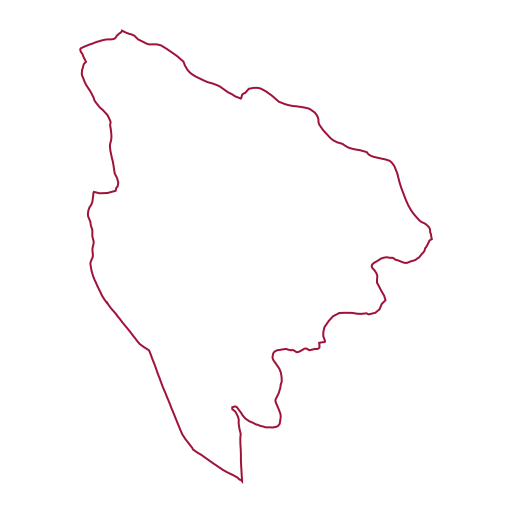 Pakpak Bharat, Sumatera Utara, Indonesia
{"feature_id": "22746128B12751431115951", "entity_name": "Pakpak Bharat", "entity_type": "district", "adm_level": 2, "iso_a3": "IDN", "parent_name": "Indonesia", "parent_adm1": "Sumatera Utara", "projection": "mercator", "projection_center": [98.235, 2.53], "detail": "fine", "context": "isolated", "style": "outline", "palette": "rose", "viewbox_px": 512, "rotation_deg": 0, "n_neighbors": 0, "source": "geoboundaries", "source_scale": "gbopen_adm2", "svg_char_len": 5867}
<svg xmlns="http://www.w3.org/2000/svg" viewBox="0 0 512 512"><path d="M192.4,448.1L192.9,449.4L196.7,452.1L201.2,454.8L212.1,462.6L222.8,469.8L226.8,472.1L233.2,475.2L237.1,477.3L239.7,479.7L239.8,479.7L240.0,479.7L241.0,480.0L242.1,481.3L242.1,480.8L241.9,478.3L241.2,466.4L240.9,460.1L240.9,454.0L240.7,448.6L240.4,444.2L240.3,438.2L240.7,433.9L239.5,429.0L239.3,427.9L238.9,425.4L238.6,422.6L238.8,419.9L238.1,417.1L236.6,413.9L235.3,411.6L233.7,410.3L232.2,409.0L232.3,407.2L235.2,406.4L235.3,406.4L237.1,407.4L238.4,409.3L240.8,412.4L242.5,415.2L245.4,418.6L247.8,420.2L249.3,421.3L251.1,422.0L252.8,422.7L255.8,424.3L257.7,424.8L259.1,425.4L260.4,425.9L263.7,426.7L266.0,427.4L269.2,427.3L272.8,427.5L274.2,427.2L276.6,426.7L277.9,426.1L279.7,423.8L280.7,417.3L280.6,415.1L280.4,413.8L279.1,410.3L277.0,405.2L276.1,403.3L275.7,401.9L275.4,401.0L275.5,399.9L275.9,398.7L277.6,395.5L278.7,393.2L279.6,390.2L280.3,388.0L280.7,384.8L281.3,382.7L281.7,381.9L281.7,378.3L281.3,375.1L280.7,372.0L280.0,370.5L279.5,369.0L278.2,367.0L275.6,363.2L273.7,360.7L272.7,358.5L272.5,357.3L273.0,354.1L273.8,352.4L275.0,351.4L277.0,350.3L280.3,349.8L284.6,349.1L286.3,349.0L288.0,349.6L289.7,350.0L291.5,350.3L292.5,349.9L294.2,350.6L296.0,351.8L296.7,352.2L298.2,352.0L300.3,351.1L304.2,348.8L305.4,348.5L306.9,348.7L308.5,349.8L309.5,350.2L313.5,349.3L314.7,348.9L317.5,349.0L319.3,347.8L319.5,347.2L319.4,344.4L319.2,342.8L321.9,342.3L323.5,342.2L324.8,341.9L325.0,341.0L323.3,336.2L323.3,333.3L323.4,331.6L323.9,329.7L324.3,327.8L324.5,327.1L328.8,320.9L333.0,316.3L339.3,313.0L344.7,312.8L352.2,312.9L357.0,313.7L361.0,313.9L366.5,313.3L368.6,314.4L375.3,312.8L379.6,309.2L381.7,304.0L385.5,300.2L384.1,295.6L381.5,291.2L379.6,287.6L378.1,284.6L377.0,282.8L377.0,280.0L377.2,277.8L377.3,275.6L376.3,273.0L374.3,270.1L373.8,269.5L372.4,268.1L371.8,266.6L371.9,265.0L372.2,264.7L372.6,264.1L373.6,263.1L376.1,261.7L376.5,261.5L379.8,259.4L380.7,258.7L383.8,257.7L385.8,257.3L387.5,257.3L389.5,257.8L392.4,257.8L393.9,258.4L394.6,259.2L395.8,259.8L398.1,260.4L402.8,262.3L404.9,262.9L406.9,262.9L410.9,261.3L413.6,260.6L415.5,259.9L417.6,258.3L418.2,258.0L419.1,257.4L420.6,255.5L421.9,253.8L423.2,252.6L424.4,251.0L425.1,248.4L426.2,247.0L426.8,245.9L427.4,244.9L428.3,243.0L429.2,241.2L429.3,240.8L430.6,239.7L431.8,239.2L431.2,236.1L430.8,233.7L430.2,232.5L430.0,229.4L429.2,227.5L427.5,225.7L425.7,224.1L424.0,223.1L421.3,221.9L419.5,220.5L416.3,217.0L413.8,214.1L411.2,210.5L408.2,205.2L405.6,199.3L403.1,192.7L401.2,187.7L399.3,181.6L397.3,173.5L394.3,166.0L392.0,162.9L389.7,160.8L385.7,159.5L381.9,158.7L379.1,158.1L376.6,157.5L373.5,156.8L370.7,155.7L369.1,154.8L367.8,153.5L366.7,152.1L363.6,151.2L360.0,150.2L356.8,149.7L353.2,149.0L349.2,147.9L347.3,147.0L345.4,145.9L342.5,143.9L339.6,143.0L337.5,142.5L333.6,140.5L331.2,138.8L328.6,136.1L323.3,130.4L321.2,127.4L319.5,125.0L318.9,123.5L318.5,122.1L318.4,119.3L317.8,117.1L316.4,114.6L314.8,112.6L311.0,109.8L309.1,108.7L307.0,108.1L304.3,107.5L301.9,107.1L296.3,106.3L292.8,106.0L288.4,105.1L284.9,104.1L279.8,102.1L278.7,101.6L275.1,98.4L272.8,96.4L270.2,94.4L268.3,93.1L266.0,91.4L261.0,88.7L258.7,88.0L256.1,87.8L253.5,87.9L248.8,88.8L245.2,92.9L243.8,93.4L242.2,94.6L241.5,97.0L241.2,98.2L240.8,98.6L239.6,98.1L238.2,97.5L235.9,96.7L234.3,95.8L232.3,94.4L228.0,92.3L225.2,90.3L222.2,88.2L220.4,86.8L217.9,85.5L214.5,84.2L211.6,83.2L208.4,82.4L206.1,81.5L203.2,80.2L195.6,76.5L193.0,74.9L190.5,73.1L189.5,72.1L187.9,70.4L187.3,69.6L184.8,65.3L183.5,61.7L177.5,56.4L173.0,53.2L166.6,48.8L161.0,45.4L157.6,44.5L154.7,44.3L149.8,44.4L148.1,44.2L146.5,43.6L143.6,42.1L138.0,39.3L136.2,37.5L134.2,35.6L130.9,34.2L129.1,33.8L126.1,32.7L125.1,32.2L122.1,30.7L122.1,30.8L121.8,31.4L120.8,32.5L119.4,33.5L118.7,34.0L117.7,35.0L116.9,35.5L116.4,36.5L115.7,37.6L114.6,38.6L113.2,39.1L111.8,39.3L109.4,39.4L107.7,39.4L106.0,39.5L103.2,40.1L101.1,40.6L99.6,41.2L98.3,41.4L95.6,42.3L92.8,43.5L89.9,44.4L84.7,46.5L81.9,47.8L80.7,48.4L80.2,49.4L80.5,50.6L80.8,51.9L82.1,53.5L82.8,54.9L83.2,56.2L84.2,58.3L85.3,60.4L86.0,61.8L84.3,63.5L83.8,64.3L83.2,66.1L82.8,67.9L82.2,69.5L81.9,72.2L81.8,73.4L81.8,73.9L82.0,75.1L82.4,76.2L83.8,79.7L85.0,82.7L86.1,84.9L90.0,90.8L91.4,93.2L92.4,95.4L93.1,96.6L93.3,97.0L94.1,99.0L94.4,100.4L95.5,102.0L98.5,105.8L100.0,107.6L102.7,109.9L105.1,112.5L106.6,114.1L107.7,115.5L109.0,118.1L109.1,118.4L110.1,120.5L110.5,121.8L110.6,122.2L110.1,124.9L110.4,126.9L110.8,129.1L110.9,130.5L111.2,132.7L111.4,135.9L111.4,137.7L111.1,140.2L110.6,142.1L110.1,144.1L109.9,146.2L110.1,148.2L110.4,150.8L111.2,154.7L112.1,158.8L112.8,161.4L113.2,163.7L113.4,164.8L114.7,173.4L117.1,178.2L118.3,182.5L118.0,184.7L117.4,186.8L116.3,187.9L115.6,190.8L107.5,193.0L99.6,193.3L93.9,191.9L93.5,192.8L92.5,201.3L91.3,204.7L89.5,207.3L88.3,210.7L87.9,214.2L88.1,216.3L90.4,221.9L90.6,223.7L91.0,226.0L92.2,229.4L92.4,231.5L92.3,234.6L92.4,236.7L93.7,241.4L93.6,243.4L92.5,248.3L92.4,250.1L92.8,253.9L92.9,255.9L92.4,257.9L91.6,259.5L90.4,262.8L90.6,265.6L91.1,268.2L91.5,270.4L91.8,271.8L92.2,272.8L92.3,273.6L93.6,277.4L94.5,279.7L96.0,282.8L97.4,286.0L97.1,285.6L98.5,288.2L98.6,288.5L99.4,290.2L100.1,291.4L101.0,293.5L101.5,294.6L102.2,296.0L104.5,299.6L106.9,302.8L107.1,302.6L108.6,305.0L110.9,308.2L115.1,312.9L117.0,315.3L116.9,315.4L117.6,316.3L119.0,317.9L119.3,318.2L120.6,320.0L122.7,322.8L126.9,327.8L130.3,332.0L132.9,335.5L135.0,338.1L137.4,341.3L139.6,343.9L143.5,346.8L147.4,349.3L149.0,350.3L149.7,351.8L150.1,352.9L151.0,355.2L152.0,358.1L154.6,364.6L156.2,369.1L157.7,373.4L159.1,377.1L159.3,377.4L160.7,381.3L162.7,386.7L165.6,393.5L167.0,397.1L168.6,400.8L170.5,405.5L171.8,409.2L172.2,409.9L172.4,410.3L176.4,420.2L179.8,428.6L181.5,432.6L182.0,433.5L182.1,433.9L182.9,435.3L183.8,436.6L185.4,439.1L186.6,440.6L187.2,441.4L192.4,448.1Z" fill="none" stroke="#9f1239" stroke-width="2"/></svg>